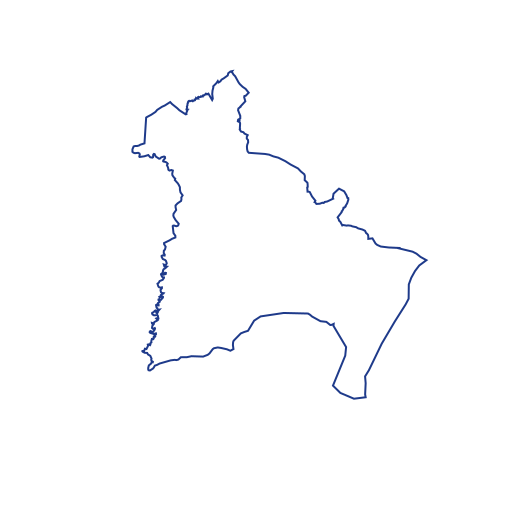 Kyela, Mbeya, United Republic of Tanzania (orthographic projection), rotated 62°
{"feature_id": "72390352B41643980878870", "entity_name": "Kyela", "entity_type": "district", "adm_level": 2, "iso_a3": "TZA", "parent_name": "United Republic of Tanzania", "parent_adm1": "Mbeya", "projection": "orthographic", "projection_center": [33.836, -9.544], "detail": "fine", "context": "isolated", "style": "outline", "palette": "blue", "viewbox_px": 512, "rotation_deg": 62, "n_neighbors": 0, "source": "geoboundaries", "source_scale": "gbopen_adm2", "svg_char_len": 6076}
<svg xmlns="http://www.w3.org/2000/svg" viewBox="0 0 512 512"><g transform="rotate(62 256 256)"><path d="M432.2,225.5L429.4,224.6L419.8,218.9L413.5,216.2L409.9,210.0L392.4,186.1L379.0,164.2L369.0,146.6L365.4,141.3L352.8,134.4L348.1,129.1L343.9,122.6L341.0,116.3L339.7,107.5L334.0,111.2L329.3,113.2L325.7,115.7L316.2,126.4L316.0,126.0L310.8,134.8L306.2,141.4L303.1,143.8L301.1,144.6L295.1,144.9L293.6,148.8L291.3,147.6L289.8,147.2L288.4,147.5L287.5,148.0L285.0,147.9L284.5,148.2L282.6,149.6L279.5,152.9L277.6,154.0L275.0,157.1L273.9,157.9L272.1,160.5L271.8,161.6L269.5,164.6L269.5,165.5L265.4,165.5L263.7,166.1L262.4,165.7L260.2,165.8L257.5,159.8L256.8,159.4L256.6,158.6L255.5,156.9L254.7,156.4L254.4,156.0L254.8,155.2L254.4,153.7L254.0,153.7L252.3,150.8L249.6,148.0L248.2,147.4L247.8,148.0L244.7,147.6L240.3,147.8L235.5,151.1L237.4,158.3L241.2,161.2L241.6,161.1L241.3,167.6L240.5,170.1L240.9,170.7L240.8,171.7L240.1,172.4L239.8,175.1L238.4,178.2L236.2,178.6L235.9,178.9L235.1,177.6L229.7,178.6L224.8,178.5L224.0,179.2L223.4,180.3L219.5,178.6L219.3,177.9L216.6,176.6L215.4,176.2L211.9,177.4L208.3,175.3L206.5,175.0L202.4,176.7L198.4,177.8L191.5,182.5L186.0,185.6L179.6,190.2L176.2,193.9L172.7,196.8L170.1,200.2L161.5,213.9L159.8,214.3L157.7,213.8L155.2,212.7L153.6,211.5L151.9,209.5L149.8,208.6L148.0,209.0L146.5,208.2L145.4,206.6L142.5,208.7L140.8,209.0L139.1,210.8L136.7,211.0L136.3,210.4L135.8,210.4L131.7,207.9L130.4,207.5L128.5,208.8L128.0,208.4L128.8,208.1L128.7,207.2L128.5,206.8L127.9,206.6L127.2,206.8L127.1,205.3L124.9,204.1L118.9,203.4L117.5,202.3L117.0,199.6L116.7,199.6L114.4,192.8L110.2,191.9L109.3,191.1L109.7,189.9L108.4,185.8L103.6,186.7L100.3,188.4L96.6,189.6L94.6,189.9L87.5,190.0L85.2,190.7L82.9,190.8L82.1,191.2L81.6,190.2L81.1,191.9L81.6,194.7L83.3,196.2L84.0,201.2L84.1,203.6L85.0,205.4L85.2,206.7L85.2,207.6L83.6,207.6L84.8,209.9L86.1,214.1L87.2,214.6L89.5,216.7L92.4,218.6L96.8,220.3L97.7,221.5L90.3,221.8L90.3,223.3L89.8,223.3L89.1,224.1L89.7,225.4L89.8,226.9L89.3,227.2L89.5,227.9L90.1,228.2L89.2,229.7L89.6,230.0L89.1,231.6L88.6,232.0L89.1,232.8L88.7,233.0L88.9,233.4L89.8,233.3L89.2,234.5L88.4,234.8L89.1,235.4L89.0,236.6L89.8,236.8L89.8,237.1L89.5,238.4L89.7,239.2L89.5,239.4L88.7,239.4L88.3,241.9L87.6,242.2L87.6,242.8L88.3,244.0L89.0,244.3L89.6,245.2L90.7,245.7L91.5,246.8L92.2,246.9L93.8,248.4L94.5,247.6L94.7,248.5L95.3,248.3L97.0,250.4L98.1,250.8L97.9,251.6L91.4,255.2L88.4,256.2L82.4,258.8L79.8,259.5L80.3,266.0L80.1,268.9L80.6,274.6L81.6,277.2L82.1,282.1L82.1,287.4L82.2,288.0L104.2,301.6L103.4,305.8L103.5,307.5L103.1,309.2L102.1,311.2L101.8,312.6L103.8,315.0L106.0,316.2L107.3,315.7L108.4,314.6L109.6,311.6L110.7,310.8L111.7,310.9L113.5,312.4L113.9,312.3L115.5,307.9L116.3,303.7L119.2,303.0L120.5,301.3L120.4,300.5L118.3,299.2L117.9,298.3L118.4,297.7L121.1,297.8L124.6,295.9L124.9,295.2L124.4,293.2L125.0,290.5L125.7,289.9L126.9,290.3L127.9,292.7L128.6,293.5L129.1,293.4L130.6,291.6L131.9,290.9L133.1,290.6L134.0,292.0L136.1,292.1L137.7,292.4L138.1,292.7L139.1,292.8L140.0,292.2L140.3,290.4L141.5,289.3L144.1,291.4L145.6,291.9L148.5,291.5L149.8,291.0L150.8,292.0L155.2,290.9L157.1,290.8L159.5,290.9L161.9,292.1L164.4,292.8L168.0,292.3L169.3,294.5L170.9,295.2L172.2,296.3L172.7,300.6L173.6,303.3L175.1,304.1L177.9,304.9L180.0,309.0L181.5,310.0L182.8,310.3L186.7,310.1L191.2,309.1L192.1,309.9L192.6,310.9L192.3,312.4L190.6,314.1L190.3,314.9L190.5,315.5L197.1,318.1L200.3,317.7L201.8,318.5L201.4,322.0L201.6,325.0L201.4,331.1L202.4,331.6L205.4,331.4L207.5,333.3L208.1,334.9L210.1,336.1L212.1,336.0L212.7,336.5L211.6,338.1L211.6,339.3L212.4,339.7L214.9,339.7L216.9,338.1L218.0,337.8L220.5,338.2L221.4,339.5L221.3,340.5L220.3,341.4L222.2,341.8L223.6,339.7L224.2,341.8L224.3,343.7L225.0,344.8L225.7,345.1L227.0,346.6L227.7,346.7L228.3,346.1L228.1,344.1L228.7,343.5L229.5,344.1L229.1,346.5L227.3,347.8L227.3,348.2L227.6,348.5L229.7,348.7L230.9,348.5L231.7,347.3L232.1,347.5L233.2,349.6L232.9,352.9L233.9,354.3L234.2,356.0L237.1,356.5L238.1,356.2L239.0,355.4L239.5,353.8L240.2,354.1L241.2,356.3L243.3,356.9L244.5,356.4L245.5,355.0L245.7,355.4L245.5,356.4L245.8,358.4L246.8,359.0L246.7,360.5L247.5,360.5L247.4,358.5L247.6,357.7L248.4,357.3L249.0,357.7L250.1,360.6L249.7,361.3L248.6,362.1L248.6,362.5L249.2,362.8L251.1,362.4L251.5,363.0L251.5,364.7L252.0,365.3L253.5,364.9L253.9,365.2L253.6,365.7L252.6,366.1L252.3,366.6L252.4,367.3L254.8,368.0L255.3,368.0L255.8,367.6L257.6,367.8L258.0,366.5L258.8,368.5L259.7,369.2L260.1,370.0L259.6,370.6L258.8,370.6L257.4,369.8L256.9,370.2L256.9,371.2L257.5,372.7L257.4,374.3L258.1,374.8L259.1,374.8L260.5,373.9L261.9,370.8L262.6,370.7L265.3,371.5L265.2,372.1L264.3,373.0L264.3,373.4L266.4,372.7L266.6,373.4L266.6,376.7L266.9,377.3L268.0,378.1L267.9,378.4L266.7,378.8L266.2,379.3L266.8,379.5L267.8,379.0L268.5,379.2L269.0,380.3L270.7,381.6L272.0,381.1L272.1,379.2L272.6,379.2L273.5,380.1L274.7,382.7L274.5,383.1L272.8,384.3L272.8,385.2L273.5,385.7L274.3,385.4L276.8,382.9L277.3,380.7L278.0,380.9L278.3,381.2L278.0,382.8L278.8,383.0L279.7,382.8L279.9,383.2L279.4,384.3L279.9,384.8L280.8,385.0L281.2,385.8L280.4,386.9L282.1,388.5L283.2,388.9L283.5,390.4L284.6,390.8L285.0,391.4L283.5,392.5L283.4,393.1L284.5,393.3L286.7,396.4L285.7,397.6L287.2,399.2L286.6,400.9L286.9,401.1L287.6,400.8L289.2,399.7L290.5,397.6L292.2,397.6L294.5,396.2L297.5,396.4L298.4,397.2L299.4,397.5L301.0,396.7L301.4,397.1L300.8,398.0L301.7,399.1L302.3,402.0L304.2,403.7L305.5,404.4L306.4,404.5L307.3,403.4L307.0,399.8L306.5,398.6L305.3,396.8L305.7,394.5L305.7,391.6L308.1,380.3L309.5,376.6L310.6,375.0L311.0,373.1L310.1,369.9L312.9,364.5L314.2,360.0L320.0,349.9L320.6,345.0L320.2,342.8L317.9,337.9L317.7,336.4L318.8,332.7L320.8,330.0L324.7,325.5L327.6,323.1L327.6,322.7L327.6,319.6L323.8,318.2L321.4,316.7L320.5,315.8L320.1,314.9L317.2,305.7L317.6,301.9L318.3,298.2L312.2,288.0L311.5,280.3L319.3,258.3L331.2,237.1L333.2,235.9L335.8,234.9L343.8,229.7L347.2,224.8L351.8,222.8L352.3,221.6L352.4,219.3L354.1,220.4L378.7,219.2L385.9,224.0L406.6,248.9L416.5,245.8L428.0,236.5L432.2,225.5Z" fill="none" stroke="#1e3a8a" stroke-width="2"/></g></svg>